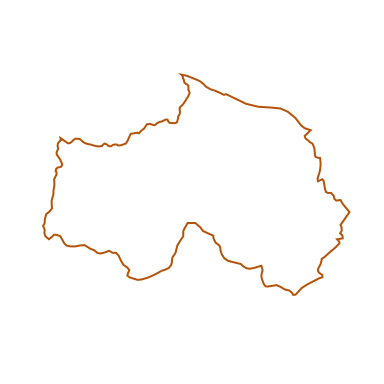 the district of Ranau, Sabah, Malaysia, rotated 81°
{"feature_id": "92858781B74051024245503", "entity_name": "Ranau", "entity_type": "district", "adm_level": 2, "iso_a3": "MYS", "parent_name": "Malaysia", "parent_adm1": "Sabah", "projection": "robinson", "projection_center": [116.758, 5.889], "detail": "fine", "context": "isolated", "style": "outline", "palette": "amber", "viewbox_px": 384, "rotation_deg": 81, "n_neighbors": 0, "source": "geoboundaries", "source_scale": "gbopen_adm2", "svg_char_len": 3613}
<svg xmlns="http://www.w3.org/2000/svg" viewBox="0 0 384 384"><g transform="rotate(81 192 192)"><path d="M153.8,323.3L157.9,326.2L160.6,326.4L164.3,327.0L168.9,328.6L172.5,329.2L178.5,332.0L184.1,332.7L186.2,332.7L189.1,336.0L191.0,339.4L195.9,341.6L199.9,342.5L202.2,344.4L206.1,343.4L209.4,344.2L212.6,343.8L216.3,340.7L214.4,337.5L212.6,335.1L213.2,332.3L215.1,329.0L219.0,327.5L222.7,326.2L225.2,324.4L226.7,320.7L227.5,315.7L227.3,310.9L227.7,306.4L230.2,303.5L232.3,301.1L234.2,297.7L237.3,295.1L238.5,292.0L237.9,286.6L237.1,283.1L239.6,280.0L240.2,276.6L243.5,274.4L248.1,273.1L252.2,271.6L253.5,270.9L256.6,267.6L259.3,266.1L262.8,268.3L264.5,268.9L266.4,267.2L268.3,263.5L270.3,259.4L270.5,255.5L269.7,249.1L268.0,242.6L266.6,238.5L265.1,234.4L264.5,230.7L263.5,227.0L261.0,224.1L258.5,223.0L253.7,221.7L249.5,217.8L242.9,215.0L242.5,214.8L237.9,210.9L234.4,207.6L229.2,206.7L226.7,205.0L221.9,201.1L223.2,193.5L228.2,189.3L232.3,187.2L234.2,184.3L238.5,177.8L241.4,178.0L245.8,176.5L249.3,173.2L252.1,172.8L254.5,173.0L258.5,172.2L262.6,170.4L265.4,167.4L267.0,164.1L269.3,158.5L270.8,155.0L273.5,153.0L275.7,150.4L276.8,147.2L276.8,143.5L275.7,135.0L280.1,134.5L283.9,136.1L286.1,136.7L289.3,136.5L293.8,135.6L296.5,134.3L297.2,132.4L297.2,127.6L297.2,123.0L299.9,118.9L301.1,117.6L303.0,115.2L304.6,111.1L307.1,109.1L309.4,108.2L309.6,105.8L304.0,98.7L301.5,93.0L300.1,88.9L297.8,81.9L297.2,80.4L296.6,76.5L294.3,76.3L291.6,79.1L289.5,80.0L287.0,79.1L283.4,76.3L280.5,75.0L278.3,74.3L277.2,71.7L272.4,64.3L270.8,61.5L268.9,58.5L265.6,54.3L264.1,54.3L261.4,56.1L261.4,53.5L261.4,50.4L258.7,50.2L256.0,52.2L253.7,50.2L250.6,49.8L247.7,50.4L246.2,48.9L236.5,39.6L235.8,40.0L227.3,45.0L223.2,46.5L223.0,50.9L221.1,52.4L218.0,52.6L214.7,54.8L214.2,58.0L212.8,59.8L208.8,60.2L205.9,60.2L202.0,60.2L199.7,61.3L200.3,63.2L201.1,65.9L198.8,65.9L196.4,65.0L193.7,63.5L190.5,62.2L186.8,61.1L183.0,60.4L178.5,60.2L177.9,62.2L176.6,64.5L174.3,64.8L171.4,64.5L168.3,64.3L165.2,64.8L162.9,65.6L161.2,67.8L159.4,69.1L156.9,71.5L154.2,71.9L149.5,65.1L146.6,70.8L143.2,73.9L135.2,78.2L127.8,84.7L123.4,91.4L121.0,100.6L118.2,113.1L113.3,124.9L100.7,143.0L101.0,145.4L98.7,148.5L95.5,153.5L93.5,157.6L90.2,161.7L87.0,163.9L84.1,166.5L82.0,169.5L76.2,179.3L74.4,184.2L74.9,183.8L76.4,183.1L78.5,183.1L79.8,182.5L82.2,182.5L83.5,181.9L85.1,180.0L86.3,178.9L88.2,179.2L90.1,179.6L92.0,179.1L93.8,178.8L95.3,179.8L97.2,181.0L99.0,182.8L100.3,183.7L103.8,187.0L105.0,188.3L105.7,189.8L107.2,191.2L109.6,191.3L112.0,191.5L113.6,192.4L115.2,193.8L116.8,194.0L118.3,194.8L120.7,195.9L121.2,197.0L121.2,199.0L120.8,200.9L120.4,202.7L119.7,203.8L118.3,204.5L116.8,204.8L116.3,206.2L116.8,208.2L117.3,209.6L117.7,211.2L117.7,212.9L118.6,215.8L120.2,218.2L119.9,219.4L119.1,221.1L118.2,222.8L118.1,225.4L118.2,226.3L118.6,226.5L121.8,229.3L123.0,231.5L124.2,233.5L125.5,234.9L125.7,235.4L124.9,236.8L124.9,237.4L125.0,243.5L130.9,247.3L133.7,249.6L134.7,254.7L134.7,256.5L134.2,258.1L133.4,258.8L133.0,260.4L133.1,262.5L134.2,265.2L133.2,267.6L131.9,268.4L130.5,270.7L131.4,272.6L132.4,273.6L132.5,275.0L132.4,276.8L131.9,278.9L130.4,282.5L129.4,284.3L128.6,286.7L127.1,289.9L125.6,291.7L123.6,293.2L122.0,294.8L121.1,298.8L121.6,300.0L122.4,301.4L123.4,302.6L124.1,303.8L124.6,305.1L124.6,306.6L124.0,307.4L123.1,308.4L118.1,313.5L120.2,313.4L122.0,315.9L123.4,317.0L125.7,317.6L128.3,317.3L131.3,319.4L133.9,319.8L136.1,318.6L138.9,317.3L140.8,316.8L142.9,316.1L145.0,315.9L146.6,317.5L146.8,318.4L146.8,320.5L147.8,322.5L149.9,323.4L151.6,322.7L153.7,323.2L153.8,323.3Z" fill="none" stroke="#b45309" stroke-width="2"/></g></svg>